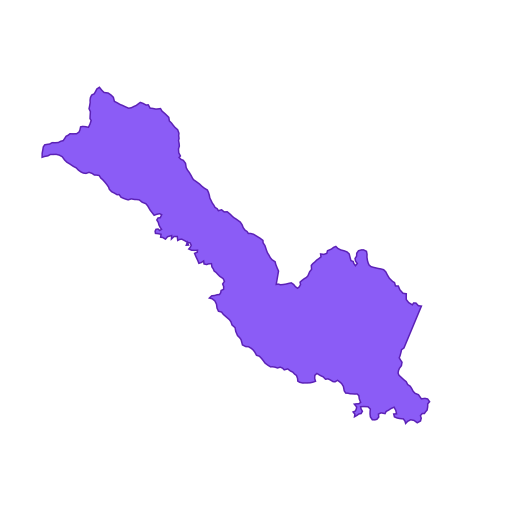 the district of Papanduva, Santa Catarina, Brazil, rotated 131°
{"feature_id": "56859067B63909066295209", "entity_name": "Papanduva", "entity_type": "district", "adm_level": 2, "iso_a3": "BRA", "parent_name": "Brazil", "parent_adm1": "Santa Catarina", "projection": "mercator", "projection_center": [-50.165, -26.513], "detail": "fine", "context": "isolated", "style": "filled", "palette": "violet", "viewbox_px": 512, "rotation_deg": 131, "n_neighbors": 0, "source": "geoboundaries", "source_scale": "gbopen_adm2", "svg_char_len": 5914}
<svg xmlns="http://www.w3.org/2000/svg" viewBox="0 0 512 512"><g transform="rotate(131 256 256)"><path d="M312.7,76.2L309.9,75.2L307.9,74.8L305.9,73.3L303.4,73.8L302.5,76.4L301.1,78.2L299.0,76.0L296.3,72.6L296.5,69.3L298.2,68.1L300.4,66.3L302.4,64.1L303.3,60.8L301.7,58.8L299.9,57.6L297.0,57.7L295.0,59.9L292.3,58.7L290.3,55.2L287.9,55.8L285.4,54.8L282.7,54.1L279.5,52.6L280.8,49.2L282.9,46.4L284.9,48.4L286.6,46.0L285.7,43.2L284.4,40.9L282.3,37.9L282.9,35.2L284.2,33.2L281.3,33.1L278.1,31.8L276.4,28.8L276.1,24.9L272.6,23.6L270.0,24.9L268.6,27.2L265.8,27.2L264.4,25.6L262.4,25.8L260.0,25.8L257.3,27.4L254.9,29.4L252.1,29.4L251.3,32.7L252.6,35.1L255.3,37.5L254.1,42.4L255.3,45.9L255.0,48.7L253.9,51.5L253.1,54.2L253.5,57.2L252.3,60.2L252.4,63.2L252.3,66.8L252.2,69.9L251.2,71.9L249.0,73.3L246.5,74.1L243.4,74.3L240.4,76.1L239.7,78.7L238.9,81.1L236.7,81.9L233.6,83.4L231.2,84.7L228.4,84.0L185.3,98.3L187.0,100.8L186.6,104.4L188.0,106.2L190.3,106.0L191.0,110.2L190.3,114.0L188.2,115.9L185.9,117.8L187.7,120.6L187.1,125.3L185.3,128.9L187.1,131.1L185.2,134.0L185.6,136.2L185.3,140.8L184.1,144.5L182.8,147.7L182.6,150.7L183.8,153.2L185.4,155.9L186.5,158.0L187.6,160.1L188.6,162.3L188.6,164.8L187.6,166.9L186.3,168.9L184.1,171.5L181.9,173.3L180.0,175.7L180.8,178.8L182.3,180.5L184.8,182.1L187.8,181.8L190.1,180.0L192.9,179.6L194.5,177.6L195.2,174.6L198.1,174.6L197.5,177.3L196.4,179.1L197.2,181.3L195.4,184.0L193.3,187.0L193.2,190.0L194.2,192.8L195.8,196.0L196.6,199.2L196.4,202.0L198.6,203.1L201.2,203.6L203.1,204.5L205.1,205.5L207.6,204.3L210.3,205.9L212.1,208.6L214.0,206.4L216.5,206.8L219.2,207.5L222.2,207.7L224.3,208.1L226.8,208.1L229.6,205.3L232.6,205.2L234.8,204.5L236.9,203.8L239.2,203.9L241.5,204.7L244.3,205.3L246.8,205.6L248.4,203.6L251.0,203.1L253.1,203.5L253.3,206.3L252.8,208.9L253.1,211.7L255.0,213.2L257.6,215.0L259.7,216.8L261.6,218.6L262.6,220.8L264.2,222.1L252.6,229.1L251.1,232.3L249.3,235.7L247.8,237.8L248.3,241.5L247.9,244.1L246.8,247.0L246.1,249.4L244.9,251.7L243.7,253.7L242.3,256.1L241.4,259.3L239.7,261.0L239.9,264.5L240.7,269.2L241.2,272.1L242.5,274.8L244.0,276.6L243.4,278.8L243.7,281.3L243.0,284.3L241.6,286.9L240.7,290.2L241.2,295.5L241.6,297.8L241.6,300.0L241.4,302.6L241.5,306.7L243.6,308.9L243.7,312.3L246.5,314.1L245.8,316.2L246.2,318.9L245.3,321.3L244.7,323.8L243.6,326.3L242.6,328.8L240.7,331.2L239.2,333.6L238.1,336.0L238.7,339.4L238.9,342.5L238.7,345.9L239.0,349.4L239.4,353.3L238.8,355.4L237.9,357.6L236.7,361.3L236.1,364.1L235.1,366.7L232.3,370.0L231.5,373.6L232.3,376.1L232.1,378.7L230.1,378.7L228.8,382.0L226.1,384.7L223.3,386.0L221.5,387.9L219.7,390.2L217.8,391.2L215.9,393.3L213.9,394.7L212.1,398.0L212.1,401.8L211.6,404.6L211.1,407.0L210.9,410.0L208.6,412.8L208.3,417.6L208.3,422.1L207.4,424.8L209.1,426.3L210.8,427.9L212.4,430.8L213.9,432.9L212.6,436.5L214.2,438.0L214.9,441.3L216.0,444.1L218.7,444.7L221.1,445.2L223.1,446.2L225.8,447.3L228.0,449.0L229.1,452.5L230.0,455.8L230.8,457.9L231.4,461.1L232.2,464.3L229.8,467.8L229.6,470.9L230.0,474.5L232.3,478.0L232.1,481.0L231.4,484.9L234.4,485.7L236.7,485.1L239.7,484.5L242.3,485.6L245.0,484.9L247.2,483.5L249.0,481.8L252.1,479.9L254.4,478.6L255.7,475.7L259.2,473.0L261.2,471.4L261.9,469.3L265.5,467.8L268.8,466.9L270.3,469.6L271.9,471.8L273.6,473.1L276.5,471.5L278.6,470.9L281.4,471.6L283.9,474.3L285.8,476.6L288.0,477.0L290.2,477.9L292.8,477.5L295.4,477.2L297.6,478.7L300.0,479.6L302.3,481.9L304.2,484.2L306.9,485.2L308.7,486.8L310.7,488.4L313.2,488.1L315.3,486.8L318.7,484.8L321.8,482.2L319.6,480.9L317.0,478.8L314.3,477.8L312.6,475.9L310.3,473.4L308.9,470.6L308.2,467.3L309.1,463.5L309.3,460.3L308.7,456.9L308.2,452.7L307.4,449.4L307.7,446.4L307.4,443.3L306.7,440.8L305.2,438.5L302.4,436.9L301.2,433.9L300.9,431.1L299.5,429.4L298.1,427.1L299.0,424.4L299.0,421.7L299.4,418.5L299.9,415.6L300.7,412.5L301.9,410.4L302.2,407.1L301.4,404.0L300.9,401.1L299.4,399.5L300.2,396.5L299.4,393.8L298.5,391.5L297.5,389.3L294.7,387.6L293.0,384.7L291.6,383.0L290.2,380.9L290.1,377.2L288.8,373.5L289.2,370.7L290.0,368.4L290.8,366.1L291.4,363.1L292.1,359.6L289.7,358.3L287.3,356.5L286.7,354.3L289.9,353.4L291.6,354.9L293.9,354.5L294.8,351.7L296.3,349.5L297.3,347.0L297.8,344.8L299.9,345.4L299.9,347.6L301.5,349.0L303.5,348.4L304.9,346.7L303.4,344.6L301.9,341.9L304.4,340.3L303.2,338.5L302.7,335.4L299.4,335.4L295.9,333.1L298.6,331.0L295.1,330.7L292.9,328.2L295.6,325.3L293.6,324.5L292.0,323.1L291.2,319.8L290.7,316.8L289.3,314.4L290.4,311.9L292.5,311.3L294.8,311.3L293.9,308.4L291.9,305.9L290.0,303.9L291.7,302.8L294.3,304.1L295.9,300.9L297.6,297.0L299.0,294.3L296.6,292.9L294.1,292.3L296.1,290.0L294.8,287.6L293.1,286.7L291.0,284.6L293.1,282.2L293.8,279.7L294.8,277.7L294.6,275.4L294.9,272.8L295.1,270.0L294.6,266.0L295.8,263.2L299.0,262.8L300.3,260.3L302.4,258.6L304.9,259.7L307.0,258.5L309.1,258.3L310.7,259.9L312.8,261.2L315.1,263.3L318.3,263.6L317.0,260.9L316.9,257.5L318.3,254.2L320.9,251.2L322.3,248.1L320.9,245.2L321.5,242.3L321.5,239.4L321.5,236.6L321.5,234.3L322.1,231.8L323.8,228.8L323.8,224.8L326.2,221.8L328.2,217.7L328.4,214.7L328.9,212.5L330.2,210.5L332.0,207.9L331.1,204.3L329.4,202.2L328.8,198.9L328.8,196.3L329.4,193.6L330.6,190.5L329.4,187.7L329.7,184.6L330.2,181.9L330.9,178.9L330.6,175.2L330.1,172.3L328.7,170.8L327.4,168.7L326.4,166.3L324.0,164.8L323.2,162.3L323.4,160.0L320.4,158.0L320.2,154.6L319.5,152.0L319.8,149.5L319.6,147.1L321.2,144.2L323.0,142.4L322.7,140.3L321.3,137.6L318.3,134.2L316.1,131.9L314.1,130.4L311.5,128.9L309.9,131.4L307.5,133.3L304.7,133.0L304.0,129.1L303.1,125.9L303.4,122.7L301.5,121.1L300.8,118.7L300.3,115.5L299.1,113.8L296.3,112.9L296.1,110.2L296.1,107.7L297.1,104.5L299.9,100.9L300.6,98.3L299.3,96.7L298.3,94.7L296.8,92.8L295.3,90.8L293.8,89.2L293.9,86.8L296.1,84.3L297.8,81.0L300.0,81.4L301.7,83.2L303.3,84.6L303.9,81.0L305.7,79.9L307.8,79.3L310.0,80.4L310.5,77.6L312.7,76.2ZM290.7,316.8L293.6,315.7L292.0,314.1L290.7,316.8Z" fill="#8b5cf6" stroke="#5b21b6" stroke-width="1.5"/></g></svg>